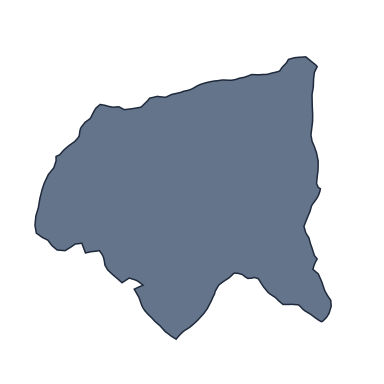 Kitutu Chache North, Nyanza, Kenya (Robinson projection), rotated 7°
{"feature_id": "3690345B89017750364899", "entity_name": "Kitutu Chache North", "entity_type": "district", "adm_level": 2, "iso_a3": "KEN", "parent_name": "Kenya", "parent_adm1": "Nyanza", "projection": "robinson", "projection_center": [34.826, -0.564], "detail": "fine", "context": "isolated", "style": "filled", "palette": "slate", "viewbox_px": 384, "rotation_deg": 7, "n_neighbors": 0, "source": "geoboundaries", "source_scale": "gbopen_adm2", "svg_char_len": 2803}
<svg xmlns="http://www.w3.org/2000/svg" viewBox="0 0 384 384"><g transform="rotate(7 192 192)"><path d="M137.1,106.4L131.3,113.8L129.2,114.6L124.2,116.1L122.5,116.6L119.8,117.3L114.8,118.5L109.0,116.3L103.1,117.5L98.0,117.1L95.4,116.6L90.2,116.3L86.6,120.2L85.0,123.5L84.0,126.2L82.2,131.3L77.4,135.8L74.3,140.9L73.6,142.7L73.3,145.0L73.2,150.0L72.2,152.2L69.4,156.2L64.8,160.4L62.0,163.3L59.5,166.2L56.2,171.1L52.7,173.3L53.3,177.6L51.9,184.8L47.3,192.1L44.3,201.1L42.9,208.0L41.8,217.0L41.4,226.2L39.9,235.0L40.2,244.2L42.5,251.8L48.9,255.3L54.8,257.4L59.5,262.3L65.2,266.0L73.2,265.7L78.4,261.5L82.4,257.9L88.9,256.3L93.7,265.5L98.9,263.6L103.3,262.6L107.2,261.5L110.2,264.7L111.6,266.7L113.0,269.9L114.6,275.4L117.9,279.7L123.4,283.7L129.3,287.6L133.6,290.6L140.1,285.1L145.5,286.0L147.8,286.6L149.6,287.4L154.8,290.4L150.1,293.2L146.5,295.5L152.2,303.1L155.8,310.4L157.4,312.9L159.8,315.7L162.7,318.3L165.8,320.7L167.2,321.7L171.2,325.1L176.6,328.7L182.5,333.9L186.2,335.9L188.7,337.5L194.2,340.0L195.3,338.2L197.8,334.6L199.6,332.4L201.4,330.5L206.4,326.4L209.7,322.8L212.8,319.2L216.3,314.3L218.5,311.2L221.4,305.9L223.8,299.5L224.7,296.9L225.4,294.4L226.9,290.0L227.0,288.0L229.9,281.1L234.3,276.8L237.8,273.9L239.3,272.6L240.7,271.0L243.6,267.4L247.5,267.1L252.0,267.8L255.5,269.9L258.0,271.0L261.9,270.2L264.3,269.2L268.4,270.0L270.1,272.1L271.4,273.7L274.8,277.7L276.8,279.6L279.5,282.2L281.8,283.7L283.8,284.7L287.7,286.6L289.3,287.8L290.9,289.2L296.0,292.5L297.6,292.3L301.4,291.9L304.1,291.4L311.3,291.0L313.7,292.6L316.5,295.0L319.1,296.5L324.4,298.8L330.0,302.0L333.2,303.7L336.3,305.0L337.8,304.0L340.8,300.0L342.8,295.8L344.1,288.4L342.9,282.6L339.4,278.6L336.3,274.5L335.4,273.0L331.7,265.2L327.3,257.9L321.4,254.0L322.2,249.4L323.0,246.6L324.4,243.2L321.2,240.1L318.1,233.3L315.6,228.3L313.7,223.4L309.9,218.7L307.3,212.4L309.4,204.2L311.5,196.9L312.3,191.5L312.9,189.8L315.0,186.2L316.5,183.4L318.0,179.7L318.9,175.5L319.0,173.0L316.8,172.1L314.6,168.5L314.5,165.9L314.4,159.7L314.5,156.2L314.3,153.6L313.5,146.0L310.8,137.9L307.9,132.0L305.0,127.0L303.1,120.9L303.1,114.5L303.1,107.6L302.4,100.8L302.0,98.4L301.0,92.7L300.6,89.9L300.0,85.9L299.3,80.7L299.6,72.7L298.9,65.1L298.9,58.4L301.0,52.3L299.3,50.8L295.6,48.5L288.5,44.0L282.0,45.2L278.2,46.0L275.7,46.9L271.6,48.6L269.9,52.5L266.3,57.2L264.2,61.3L261.0,62.7L256.3,64.4L253.6,65.6L251.8,66.2L246.9,66.9L244.8,67.4L242.5,67.7L237.0,68.1L232.5,70.5L230.1,71.7L225.1,73.3L221.2,75.2L217.5,76.3L213.4,76.7L209.4,77.0L207.8,77.3L203.2,78.6L201.5,78.9L198.6,79.7L194.2,81.2L191.6,82.2L187.1,84.3L184.4,85.9L180.8,88.7L178.6,90.2L174.9,91.9L173.3,92.4L171.7,92.9L168.7,94.5L165.7,95.6L160.0,97.6L157.6,99.1L154.3,101.2L149.0,101.4L146.0,101.3L138.4,104.1L137.1,106.4Z" fill="#64748b" stroke="#1e293b" stroke-width="1.5"/></g></svg>